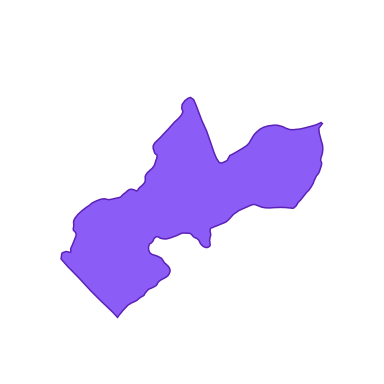 Lolo-Bouenguidi, Ogooué-Lolo, Gabon, rotated 248°
{"feature_id": "22940354B13456808053161", "entity_name": "Lolo-Bouenguidi", "entity_type": "district", "adm_level": 2, "iso_a3": "GAB", "parent_name": "Gabon", "parent_adm1": "Ogooué-Lolo", "projection": "natural_earth1", "projection_center": [12.301, -1.15], "detail": "fine", "context": "isolated", "style": "filled", "palette": "violet", "viewbox_px": 384, "rotation_deg": 248, "n_neighbors": 0, "source": "geoboundaries", "source_scale": "gbopen_adm2", "svg_char_len": 3373}
<svg xmlns="http://www.w3.org/2000/svg" viewBox="0 0 384 384"><g transform="rotate(248 192 192)"><path d="M103.6,76.0L105.0,78.0L106.5,80.9L108.0,83.5L109.5,86.8L111.2,90.5L111.8,94.6L111.9,97.7L112.2,100.4L113.0,102.7L113.7,105.2L113.9,107.5L114.4,109.1L115.6,110.3L116.5,112.1L117.4,113.7L118.1,115.5L118.1,118.3L118.3,121.3L118.6,123.4L119.4,125.0L121.1,126.8L122.1,130.0L122.3,132.1L122.7,135.8L123.4,138.3L124.6,140.1L126.3,141.7L127.8,142.4L129.9,142.6L132.0,142.2L133.5,141.5L135.3,140.7L136.7,139.9L138.7,139.6L142.0,138.9L145.3,136.1L147.4,133.7L148.6,132.1L149.9,131.0L151.2,130.3L153.0,130.1L154.9,130.2L157.1,131.0L158.6,132.1L159.8,133.4L159.9,134.7L160.8,137.0L161.9,138.2L162.9,139.2L163.5,140.4L163.9,142.5L162.6,144.4L161.1,145.2L159.7,147.2L158.6,149.2L157.9,151.5L157.5,155.4L157.3,161.5L157.6,166.0L157.4,168.1L156.0,171.3L154.7,174.3L153.5,175.3L151.9,176.0L150.1,176.5L148.4,177.7L147.0,179.2L144.7,180.3L141.0,180.5L138.7,181.3L137.1,182.2L135.4,183.9L134.7,185.8L135.0,187.8L135.9,189.0L137.9,189.5L140.5,190.2L142.1,191.1L143.7,192.1L145.1,193.3L147.2,193.8L148.7,194.0L150.5,194.9L151.4,195.6L151.4,210.5L151.5,212.3L152.3,214.7L153.3,217.1L154.9,220.3L156.0,222.8L156.4,225.1L157.2,228.2L157.4,231.9L157.5,236.2L157.7,241.1L157.5,244.1L156.7,245.8L154.7,247.9L151.7,251.1L149.7,254.4L148.0,258.4L146.9,261.9L145.7,265.2L144.6,268.2L142.6,272.8L139.0,279.7L139.4,281.4L140.2,283.5L141.4,285.0L142.8,286.8L143.6,289.2L146.3,293.9L148.6,297.9L149.9,301.0L151.7,303.9L154.5,307.5L156.7,309.4L158.1,311.0L160.2,313.2L161.9,316.3L163.4,317.9L168.0,321.8L168.4,322.0L170.2,323.1L173.0,323.1L175.1,324.1L177.4,326.1L179.8,327.8L182.8,329.4L186.6,330.6L192.2,331.2L199.0,332.1L203.5,333.4L206.6,338.5L208.1,337.7L208.0,336.6L207.8,332.2L208.3,327.4L209.3,319.7L210.0,315.5L212.0,308.8L213.3,306.0L216.0,302.9L218.7,300.5L221.8,296.4L223.2,293.3L224.8,287.2L225.2,282.4L224.7,278.2L223.3,274.1L222.0,271.3L220.5,269.1L218.5,266.5L216.0,263.3L214.5,260.0L213.7,256.0L212.7,249.7L211.9,244.0L211.7,240.8L209.9,238.5L208.0,236.3L207.8,233.1L207.7,230.3L209.1,228.3L214.1,227.3L220.4,227.2L228.8,227.7L243.0,228.4L254.6,227.9L271.2,228.3L277.1,228.1L280.3,226.0L280.4,223.3L279.3,219.5L276.8,215.6L273.3,213.8L269.9,213.7L267.5,211.3L265.3,207.1L263.3,201.8L259.1,193.3L256.3,187.1L254.3,182.9L252.6,178.6L251.5,176.0L250.2,174.2L249.2,173.2L246.9,172.3L244.8,172.2L242.0,172.0L240.9,172.4L239.7,173.3L238.4,173.2L236.3,171.8L234.5,170.1L232.5,168.5L230.9,167.2L229.0,164.2L228.2,162.0L227.5,160.1L226.7,158.0L225.1,155.5L223.9,154.4L221.7,153.6L219.3,152.5L217.8,150.5L216.8,148.2L215.9,145.6L215.2,143.8L213.9,142.3L213.8,140.8L215.4,139.4L216.4,138.2L217.5,136.4L217.7,134.5L217.2,132.2L216.4,130.4L215.7,127.5L215.0,126.0L214.1,124.0L214.2,122.0L214.7,119.4L215.2,116.0L215.9,112.3L216.8,110.7L218.5,108.4L219.4,105.0L219.6,102.1L219.5,98.4L219.2,95.1L218.0,91.6L217.4,88.4L216.0,83.3L215.0,80.6L213.9,77.7L213.0,76.2L211.6,73.7L210.1,72.0L208.5,70.9L206.3,70.2L204.8,69.6L203.4,68.8L202.7,68.2L201.0,67.7L200.0,68.1L198.7,68.7L197.4,68.9L195.4,68.5L193.5,66.8L191.2,64.6L189.3,62.8L187.2,60.7L185.6,59.0L184.4,58.0L183.0,57.7L181.8,57.2L181.9,55.9L183.0,54.6L184.0,53.0L184.2,50.0L184.0,48.6L182.7,47.6L180.7,46.5L179.0,45.5L169.3,48.9L155.1,54.8L137.6,61.4L126.1,66.3L110.4,73.4L103.6,76.0Z" fill="#8b5cf6" stroke="#5b21b6" stroke-width="1.5"/></g></svg>